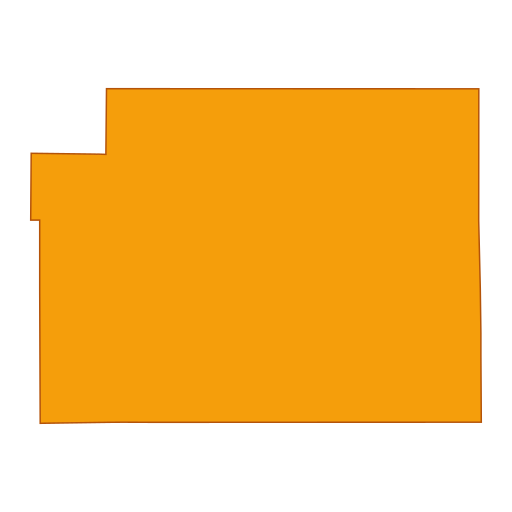 Chippewa, Wisconsin, United States of America (Natural Earth projection)
{"feature_id": "52423323B31580722311005", "entity_name": "Chippewa", "entity_type": "district", "adm_level": 2, "iso_a3": "USA", "parent_name": "United States of America", "parent_adm1": "Wisconsin", "projection": "natural_earth1", "projection_center": [-91.404, 45.074], "detail": "fine", "context": "isolated", "style": "filled", "palette": "amber", "viewbox_px": 512, "rotation_deg": 0, "n_neighbors": 0, "source": "geoboundaries", "source_scale": "gbopen_adm2", "svg_char_len": 397}
<svg xmlns="http://www.w3.org/2000/svg" viewBox="0 0 512 512"><path d="M106.5,88.7L105.9,151.7L105.9,154.4L98.0,154.1L96.4,154.2L95.4,154.1L31.2,153.3L30.7,220.1L39.7,220.1L39.7,289.9L40.2,423.3L101.6,422.4L102.8,422.4L107.9,422.3L122.5,422.2L152.8,422.3L481.3,422.2L480.9,355.4L480.9,333.2L480.3,288.9L478.7,220.7L478.8,88.8L106.5,88.7Z" fill="#f59e0b" stroke="#b45309" stroke-width="1.5"/></svg>